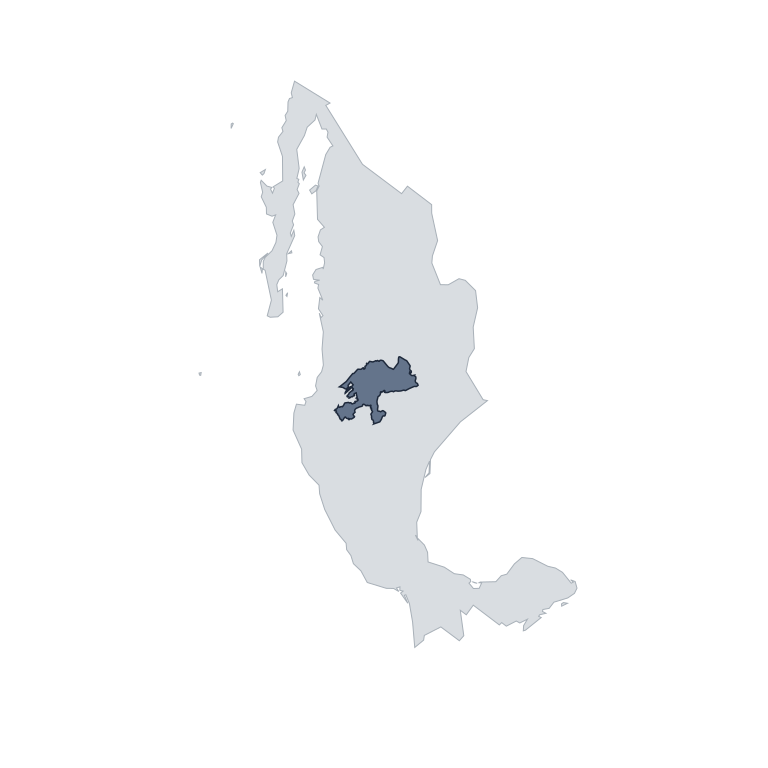 Zacatecas on a map of Mexico (Natural Earth projection), rotated 37°
{"feature_id": "MEX-2713", "entity_name": "Zacatecas", "entity_type": "State", "adm_level": 1, "iso_a3": "MEX", "parent_name": "Mexico", "parent_adm1": "", "projection": "natural_earth1", "projection_center": [-102.796, 23.104], "detail": "fine", "context": "in_parent", "style": "filled", "palette": "slate", "viewbox_px": 768, "rotation_deg": 37, "n_neighbors": 0, "source": "natural_earth", "source_scale": "10m", "svg_char_len": 9809}
<svg xmlns="http://www.w3.org/2000/svg" viewBox="0 0 768 768"><g transform="rotate(37 384 384)"><path d="M130.3,196.0L171.8,192.1L169.8,196.5L234.6,221.5L283.5,221.4L283.7,211.9L314.1,212.1L319.3,218.9L340.5,237.2L345.6,252.6L349.4,258.6L369.3,270.7L375.6,266.1L380.5,254.8L386.5,252.3L400.9,254.3L412.9,266.8L421.0,284.9L434.9,301.4L435.8,311.8L442.0,324.7L472.6,336.9L476.6,335.0L467.8,368.2L465.1,407.9L466.6,416.4L474.6,427.9L473.0,434.0L473.4,427.8L466.7,418.1L468.9,427.0L477.1,445.8L490.3,463.6L493.3,474.7L502.6,486.1L500.0,485.8L505.3,488.5L503.6,486.9L513.2,488.3L520.1,492.2L526.3,499.6L542.4,494.0L554.3,493.2L562.2,488.8L570.5,488.0L572.2,489.6L571.7,491.9L578.5,493.5L583.0,489.9L581.7,484.1L579.5,485.5L580.0,484.3L592.3,474.6L593.0,466.6L596.5,462.0L596.4,449.2L598.5,439.6L607.8,434.0L624.5,431.0L631.7,427.8L639.9,427.0L653.4,430.4L654.4,428.3L650.9,428.1L655.5,426.7L661.0,430.9L662.1,436.6L659.5,444.3L651.0,456.0L650.9,463.8L646.6,468.5L647.4,470.3L651.3,469.7L647.2,474.6L647.3,476.5L650.1,475.9L645.1,495.5L643.8,497.3L640.9,492.9L640.1,485.5L636.3,493.1L632.3,493.7L627.4,503.8L621.6,503.7L621.1,507.0L588.4,506.9L588.6,518.8L581.1,518.8L599.2,537.0L598.7,543.7L575.6,543.8L567.5,560.5L569.8,564.7L567.1,575.9L550.1,556.9L536.5,544.1L528.3,539.2L527.4,540.5L535.0,544.8L523.1,541.0L523.9,537.9L520.8,539.2L518.8,536.4L516.7,539.4L520.7,540.8L514.7,541.5L508.8,545.8L490.1,552.6L478.0,547.1L467.7,545.9L460.8,540.9L453.9,538.8L449.6,534.0L432.9,530.1L412.2,519.9L398.7,510.4L393.0,503.9L379.0,501.8L365.8,496.2L357.4,485.6L339.1,475.5L329.5,461.4L326.2,452.8L333.5,448.7L332.3,445.0L329.0,443.8L333.9,437.3L334.5,429.4L330.5,426.7L326.7,418.9L326.8,411.8L324.2,405.4L313.5,393.4L304.2,378.9L289.7,366.4L293.8,368.8L294.1,366.1L286.4,363.4L280.7,353.6L284.7,353.9L273.5,347.2L271.9,343.9L267.6,345.1L267.0,343.6L270.2,339.8L264.7,342.8L261.4,339.9L260.8,333.5L264.9,327.7L266.3,328.8L263.6,322.9L260.0,319.1L255.2,319.3L252.1,311.3L246.2,309.6L242.8,306.2L240.5,299.2L242.1,294.7L231.8,292.5L214.1,270.3L213.1,265.0L210.5,263.3L199.4,235.8L198.5,227.4L199.9,224.6L190.0,221.1L187.7,216.6L184.5,215.1L181.0,217.7L167.7,209.4L170.0,214.7L168.1,225.1L170.9,233.4L173.1,249.1L186.5,262.9L190.7,272.3L192.8,271.8L193.8,274.7L195.8,275.0L197.6,281.0L201.4,282.9L203.5,295.5L210.5,301.9L212.7,309.1L216.0,311.3L218.3,319.8L221.1,321.9L219.5,315.5L223.4,319.2L227.9,338.6L232.4,344.1L238.2,358.1L237.3,364.0L238.6,369.2L243.6,374.3L245.6,369.1L260.2,387.4L258.8,394.2L252.9,399.2L249.7,399.8L243.6,384.8L220.6,364.7L218.5,365.0L213.8,358.7L212.9,354.4L214.4,345.0L212.5,336.0L209.0,329.6L197.9,321.8L195.7,314.1L193.6,317.4L187.8,318.9L183.7,313.7L173.3,308.4L171.7,303.9L164.0,297.4L163.3,295.2L171.4,296.4L176.2,294.5L176.1,296.6L180.1,298.7L178.7,293.6L176.8,293.2L180.9,282.8L165.9,263.3L153.4,254.7L151.2,250.4L151.3,243.1L148.2,240.8L147.4,232.5L143.4,229.0L143.0,224.1L137.6,216.5L136.7,212.9L138.5,210.4L134.7,207.3L130.3,196.0ZM213.4,270.6L211.9,275.6L207.9,273.9L209.6,266.4L212.1,265.6L213.4,270.6ZM196.8,269.6L191.0,264.2L189.6,258.6L192.5,260.4L193.1,263.5L196.1,264.3L196.8,269.6ZM659.6,454.5L658.1,452.8L658.8,450.6L662.5,448.7L659.6,454.5ZM214.0,364.9L209.8,359.7L212.5,349.2L211.7,358.6L214.0,364.9ZM161.1,290.4L157.9,289.7L160.2,284.1L161.5,288.2L161.1,290.4ZM108.1,271.9L105.5,268.3L106.1,266.7L107.0,266.8L108.1,271.9ZM217.5,365.1L220.0,369.1L214.7,365.1L217.5,365.1ZM311.5,426.9L311.0,428.6L309.6,427.9L309.1,425.1L311.5,426.9ZM239.9,354.4L240.9,357.6L238.1,353.6L239.9,354.4ZM229.9,333.3L231.5,334.7L229.1,337.6L229.9,333.3ZM232.4,487.4L231.3,487.9L229.7,486.6L231.1,484.9L232.4,487.4ZM576.2,488.1L573.4,488.8L578.3,487.1L576.2,488.1ZM253.8,372.5L252.3,372.2L252.1,369.1L253.8,372.5Z" fill="#d9dde1" stroke="#a8b0b8" stroke-width="1"/><path d="M412.0,364.5L411.6,366.0L411.3,366.6L410.0,367.4L409.5,367.9L408.7,369.3L406.9,372.5L406.1,374.2L405.3,375.9L405.0,376.4L404.7,376.6L403.8,376.8L403.4,377.1L403.1,377.4L401.8,379.2L401.1,379.9L399.5,381.3L398.0,382.1L397.3,382.6L396.8,383.2L396.4,384.2L396.2,384.5L395.9,384.6L395.3,384.7L395.0,384.8L394.4,385.3L393.8,385.9L393.3,386.5L392.5,388.0L392.0,388.6L391.4,389.1L390.8,389.6L390.1,390.1L389.7,390.2L389.4,390.3L389.1,390.1L389.0,389.8L389.1,389.5L389.1,389.2L388.9,389.0L388.6,388.9L388.0,389.0L387.9,389.2L387.8,389.6L387.4,391.3L387.3,391.7L387.1,391.9L386.8,392.0L386.5,391.8L386.3,391.9L386.1,392.3L386.1,392.7L386.2,392.9L386.7,393.2L386.9,393.6L387.4,395.4L387.4,395.9L387.3,396.4L387.1,396.9L386.9,397.4L386.9,397.9L387.8,399.9L388.2,400.9L388.7,401.9L389.3,402.7L391.0,404.4L391.4,404.6L391.6,404.6L392.2,405.0L392.8,405.8L393.7,407.5L394.4,408.5L394.7,408.9L395.1,409.1L395.6,409.2L396.0,409.0L396.9,408.4L397.4,408.3L398.0,408.2L398.3,407.6L398.8,406.3L399.3,405.9L400.0,405.8L402.2,405.8L402.6,405.9L402.9,406.2L403.8,408.5L403.8,409.0L403.7,409.2L403.0,409.6L402.7,409.9L402.5,410.2L402.4,410.6L402.4,411.1L403.2,413.9L403.4,416.5L403.4,416.8L403.2,417.1L399.9,422.0L399.9,421.6L399.8,421.3L399.6,421.2L399.2,421.3L398.9,421.2L398.1,420.1L397.4,419.6L397.1,419.5L396.9,419.4L396.1,419.6L395.6,419.5L394.4,418.4L394.2,418.3L393.7,417.5L393.1,416.9L392.7,416.6L392.2,416.4L391.8,416.1L391.6,415.6L391.6,414.1L391.6,413.4L391.4,412.9L391.1,412.7L390.4,412.7L390.0,412.5L389.6,412.0L389.4,411.8L389.1,411.9L388.9,411.6L388.7,411.0L388.5,410.8L388.2,410.9L388.0,411.1L387.7,411.2L387.4,410.9L387.1,410.4L386.8,409.5L386.5,409.0L386.2,408.9L385.9,409.2L385.6,410.0L385.3,410.3L385.0,410.3L384.7,410.4L384.4,410.8L384.2,411.0L383.6,411.0L383.3,411.1L383.2,411.3L383.1,411.8L382.9,412.0L382.7,412.2L382.4,412.2L381.1,412.1L380.4,412.2L379.8,412.5L379.4,413.2L379.5,413.5L379.7,413.8L379.9,414.2L379.9,414.7L379.6,415.3L379.3,415.7L378.6,416.6L378.2,417.0L377.4,418.6L376.7,419.7L376.5,420.1L376.4,420.5L376.3,420.9L376.2,421.8L376.4,422.6L376.8,423.2L377.9,424.0L377.5,426.0L377.5,426.5L377.7,427.0L378.0,427.1L378.8,427.6L379.1,427.7L379.8,427.6L380.1,427.8L380.2,428.5L379.9,429.5L379.2,431.4L379.0,431.6L378.4,431.8L378.3,432.0L377.8,432.6L377.7,433.3L377.5,433.6L377.1,433.6L377.0,433.4L377.2,432.8L377.0,432.6L376.7,432.7L376.3,432.9L375.7,433.6L375.2,433.8L374.6,433.9L374.1,433.9L373.3,433.6L372.9,433.7L372.7,434.2L372.7,435.6L372.9,437.2L372.8,438.2L372.6,438.8L372.2,438.9L371.3,438.2L370.8,438.2L370.2,438.4L369.6,438.1L366.9,436.5L366.6,436.4L365.7,436.4L365.4,436.4L364.7,435.6L364.3,435.6L363.2,435.7L362.8,435.6L362.6,435.4L362.5,434.8L362.4,434.4L362.1,434.2L361.7,434.3L360.6,435.0L360.4,435.0L360.4,434.7L360.4,433.5L360.8,433.1L361.0,432.8L361.1,432.5L361.2,431.7L361.1,430.9L361.0,430.2L360.6,428.7L361.8,429.5L362.2,429.5L362.6,429.3L362.8,428.9L363.2,428.0L363.6,427.6L364.1,427.4L364.5,427.1L364.5,426.6L364.5,425.1L364.4,424.2L364.2,423.7L364.1,423.1L364.3,422.5L364.8,422.0L366.6,420.2L367.0,420.0L367.7,420.0L367.9,419.9L368.0,419.7L368.6,419.0L369.0,418.9L369.5,419.1L370.0,419.1L370.4,419.1L370.7,418.9L370.9,418.7L371.1,418.4L371.2,417.8L371.4,417.5L371.7,417.3L372.1,417.1L372.2,416.6L372.2,416.0L371.8,415.8L371.6,415.8L371.4,415.7L371.4,415.2L372.1,414.8L372.3,414.6L372.9,413.4L373.0,413.0L373.0,412.6L372.9,412.3L372.7,412.2L372.0,412.4L371.9,411.7L371.6,411.5L371.4,411.5L370.3,411.9L370.5,410.8L370.4,410.6L369.3,409.8L368.2,408.8L367.1,407.8L366.5,408.8L366.1,409.9L366.1,410.0L366.5,410.2L366.6,410.3L366.7,410.7L367.3,410.9L367.4,411.1L367.3,411.3L366.8,411.7L366.6,412.2L366.6,412.8L366.5,413.2L365.8,413.6L365.5,414.1L365.0,415.8L364.8,416.0L364.8,415.8L364.6,415.7L364.2,415.6L363.6,415.5L363.4,415.5L363.0,416.1L362.8,416.2L362.3,416.3L362.0,416.2L361.7,415.8L361.7,415.2L361.9,414.0L361.9,413.6L361.8,412.8L361.6,412.1L361.6,411.9L362.2,409.5L362.5,408.5L362.9,408.2L362.9,407.6L362.9,407.4L362.4,407.3L362.3,407.2L362.2,407.0L362.4,406.5L362.3,406.2L362.1,406.2L361.1,406.2L360.8,405.9L360.6,406.0L360.2,406.9L360.0,407.9L359.6,409.9L358.6,414.9L358.4,414.7L358.1,413.8L357.9,412.6L357.9,411.8L357.9,411.4L358.3,410.4L358.3,410.0L358.0,409.1L358.0,408.8L358.1,408.6L358.6,408.3L358.7,408.0L358.7,407.7L358.6,407.0L358.6,406.7L358.8,406.4L359.3,406.0L359.6,405.5L359.8,404.7L359.9,403.2L356.3,402.4L356.1,406.5L356.3,406.9L357.1,407.7L357.3,408.0L357.3,408.3L356.9,410.7L356.8,410.9L356.5,411.0L355.4,411.3L353.6,411.4L352.8,411.7L350.1,413.1L350.4,412.2L351.6,407.6L352.3,405.1L352.4,404.2L352.5,399.6L352.7,395.1L352.7,394.6L352.9,394.3L353.5,393.9L353.6,393.6L353.7,393.1L354.1,388.4L354.2,388.0L354.4,387.8L356.4,386.4L356.9,385.9L357.1,385.6L357.2,384.4L357.5,383.8L357.8,383.5L358.2,383.6L358.6,384.1L359.0,384.2L359.2,383.9L359.4,383.4L359.4,382.9L359.2,382.4L358.4,381.7L358.2,381.2L358.6,380.4L358.7,380.1L358.7,379.6L358.5,379.2L357.9,378.5L357.7,378.0L358.9,377.6L358.9,376.9L358.8,376.4L358.9,375.4L358.8,374.9L358.9,374.6L359.6,374.2L361.3,373.4L361.9,373.0L362.2,372.5L362.9,371.4L363.3,370.5L363.5,370.3L364.4,370.1L364.5,369.8L364.5,369.5L364.6,369.2L364.8,369.1L365.1,369.0L365.8,369.0L366.1,369.0L366.4,368.8L366.6,368.5L366.6,367.8L366.7,367.4L367.2,366.9L367.9,366.5L368.7,366.2L369.4,366.0L375.6,367.5L377.2,367.8L378.0,367.8L378.8,367.6L380.4,367.1L381.2,366.9L382.4,366.8L382.6,366.7L382.7,366.4L382.7,359.0L382.5,358.2L382.0,357.4L381.0,356.1L380.6,355.5L379.9,354.3L379.6,353.6L379.9,353.1L380.2,352.8L380.5,352.7L386.3,352.1L387.8,351.8L388.3,351.8L393.8,353.7L394.1,354.0L395.0,356.0L395.4,356.6L396.0,357.0L396.8,357.2L397.7,357.2L398.0,357.4L398.5,357.8L398.7,358.1L398.8,358.5L398.8,359.4L398.1,359.2L397.4,359.0L397.7,359.8L397.9,360.2L398.1,360.4L400.8,360.6L401.2,360.5L401.5,360.3L402.9,358.7L402.9,359.3L404.3,359.0L404.9,359.1L405.5,359.6L406.0,360.2L406.4,360.9L406.8,362.3L407.3,362.9L407.9,363.4L408.7,363.7L409.3,363.7L410.0,363.5L410.3,363.5L410.6,363.6L412.0,364.5Z" fill="#64748b" stroke="#1e293b" stroke-width="1.5"/></g></svg>